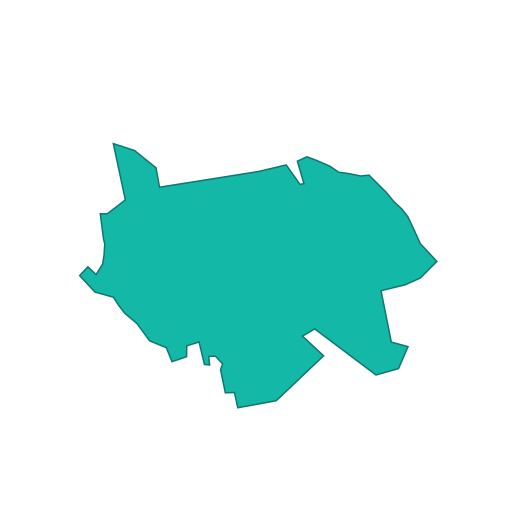 Nam-gu [South District], Busan, South Korea, rotated 313°
{"feature_id": "91817680B11476058556898", "entity_name": "Nam-gu [South District]", "entity_type": "district", "adm_level": 2, "iso_a3": "KOR", "parent_name": "South Korea", "parent_adm1": "Busan", "projection": "mercator", "projection_center": [129.093, 35.125], "detail": "fine", "context": "isolated", "style": "filled", "palette": "teal", "viewbox_px": 512, "rotation_deg": 313, "n_neighbors": 0, "source": "geoboundaries", "source_scale": "gbopen_adm2", "svg_char_len": 972}
<svg xmlns="http://www.w3.org/2000/svg" viewBox="0 0 512 512"><g transform="rotate(313 256 256)"><path d="M240.9,75.0L207.9,122.2L185.3,118.4L180.7,113.3L164.8,132.4L161.6,137.2L152.7,144.5L145.5,149.3L133.4,151.7L133.4,140.4L121.4,140.4L119.8,162.9L128.6,179.8L127.5,184.2L126.2,189.5L124.6,199.1L125.4,215.2L121.4,236.1L127.8,253.0L121.4,266.6L135.0,273.9L143.1,266.6L154.3,273.0L141.5,292.3L144.7,296.4L150.3,289.9L155.1,294.7L154.3,305.2L148.7,307.6L135.0,326.9L141.5,333.3L132.6,346.2L164.0,369.5L229.1,373.5L229.1,344.6L242.7,348.6L250.8,424.9L270.9,437.0L293.4,429.0L285.3,413.7L315.9,371.1L336.8,384.8L352.0,391.2L375.3,392.0L376.2,380.7L377.0,367.9L383.4,352.6L388.2,340.6L389.8,330.9L389.8,319.7L391.4,307.6L392.2,283.5L385.8,277.9L379.4,267.4L373.7,259.4L372.1,248.9L367.3,235.3L363.3,225.6L353.6,221.6L341.6,241.7L338.4,239.3L343.2,216.0L319.1,199.9L240.5,138.5L252.3,122.8L250.3,95.3L240.9,75.0Z" fill="#14b8a6" stroke="#0f766e" stroke-width="1.5"/></g></svg>